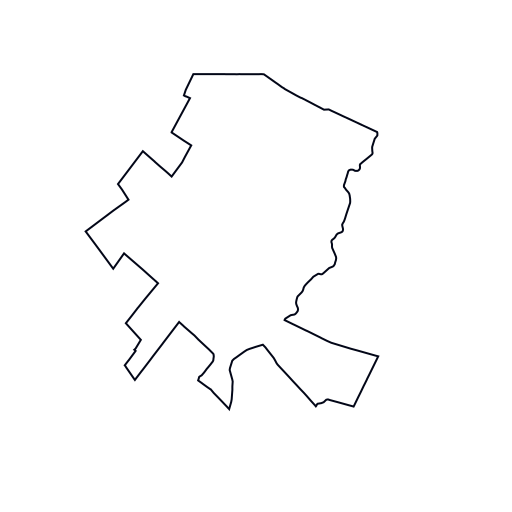 the district of Zavoaia, Braila, Romania, rotated 120°
{"feature_id": "2599482B8806992520419", "entity_name": "Zavoaia", "entity_type": "district", "adm_level": 2, "iso_a3": "ROU", "parent_name": "Romania", "parent_adm1": "Braila", "projection": "mercator", "projection_center": [27.485, 44.962], "detail": "fine", "context": "isolated", "style": "outline", "palette": "ink", "viewbox_px": 512, "rotation_deg": 120, "n_neighbors": 0, "source": "geoboundaries", "source_scale": "gbopen_adm2", "svg_char_len": 4643}
<svg xmlns="http://www.w3.org/2000/svg" viewBox="0 0 512 512"><g transform="rotate(120 256 256)"><path d="M402.0,202.7L399.6,203.3L397.2,203.9L394.8,204.5L392.3,205.4L383.8,209.5L380.7,211.3L376.4,213.4L374.9,214.7L367.9,221.8L366.1,222.5L358.5,224.2L356.2,223.6L353.7,222.4L350.1,220.8L344.8,218.4L342.0,217.0L339.6,215.1L337.4,213.1L334.8,210.8L329.4,205.7L330.4,202.2L331.7,199.1L335.4,189.8L336.7,187.5L338.6,184.5L339.3,182.9L340.5,179.0L342.1,173.7L342.6,172.1L344.2,166.9L345.9,161.6L347.5,156.3L349.1,151.2L350.6,146.0L351.9,142.0L353.8,136.5L355.8,130.3L356.3,129.0L355.8,128.9L354.3,129.0L353.2,128.8L350.8,125.9L348.8,124.3L345.4,123.3L344.6,122.5L344.3,122.0L344.0,121.3L344.0,120.7L341.6,111.7L338.5,99.7L337.9,97.5L337.6,96.2L335.6,96.3L327.2,96.9L320.8,97.3L314.4,97.8L312.2,97.9L307.6,98.2L307.1,98.3L301.9,98.6L285.8,99.7L281.8,100.0L282.6,103.0L287.1,120.8L288.9,127.6L293.5,147.4L294.0,152.2L294.3,156.8L294.4,158.0L294.4,159.3L295.0,168.5L295.0,168.8L295.4,174.8L295.5,174.9L295.8,179.3L295.8,179.5L296.4,187.8L296.4,188.1L296.6,190.1L296.6,190.4L297.2,199.2L296.8,199.3L295.6,199.3L290.0,196.4L288.9,195.2L287.7,193.7L286.9,193.1L285.7,192.7L283.5,192.4L282.6,192.4L281.0,193.0L279.9,194.0L278.7,195.7L277.4,197.2L276.3,198.0L275.1,198.5L273.2,199.1L270.9,199.7L270.0,199.7L264.8,198.3L263.3,198.1L261.6,198.3L259.4,198.9L257.4,198.9L255.4,198.5L252.9,197.9L248.4,196.6L245.3,196.0L240.4,193.3L240.0,192.7L239.4,190.7L238.9,189.9L238.4,189.5L237.1,189.0L229.8,186.6L227.0,184.4L226.3,184.0L225.7,183.8L223.7,183.7L222.1,184.2L219.7,184.7L217.9,185.4L216.8,186.2L214.6,189.0L210.9,194.1L209.7,195.0L208.2,195.8L207.3,196.5L206.3,197.6L205.4,198.1L204.4,198.2L203.6,198.0L202.3,197.4L201.0,197.0L200.0,196.9L197.8,196.9L197.1,196.9L196.0,196.5L195.3,196.2L193.2,194.3L192.6,193.9L191.9,193.5L191.4,193.4L190.6,193.5L190.0,193.7L189.3,194.0L188.7,194.5L186.9,196.2L185.9,197.0L184.4,197.2L182.4,197.1L180.9,197.3L178.8,197.7L174.5,198.7L167.1,200.2L163.1,201.0L161.8,201.6L159.5,203.0L156.7,205.2L155.3,206.6L154.5,208.3L153.6,211.1L152.6,213.1L152.3,214.2L151.6,214.8L150.5,215.3L148.2,215.7L146.5,216.0L144.7,216.6L142.4,217.0L140.5,217.5L138.6,217.9L136.9,218.4L135.7,218.4L134.9,218.1L133.8,217.1L133.2,216.0L132.9,215.3L132.7,214.5L132.8,213.3L132.5,212.3L132.1,211.6L131.6,210.8L130.9,210.2L130.1,209.9L129.2,209.7L128.2,209.8L127.3,210.2L126.4,210.8L125.7,211.3L125.1,211.6L124.3,211.7L123.4,211.3L122.1,210.9L119.7,210.0L116.4,208.7L110.5,206.5L109.7,206.3L108.9,206.4L108.3,206.7L106.9,207.8L104.1,209.6L103.2,210.0L95.1,211.8L91.4,211.2L90.9,211.2L89.6,211.9L88.8,212.4L88.1,213.1L88.3,215.5L89.6,230.0L90.5,240.7L90.5,240.9L91.5,251.5L91.5,251.9L92.2,260.0L92.5,263.1L92.5,263.3L92.7,266.3L95.3,270.3L95.4,273.1L95.4,273.4L95.7,280.1L95.9,286.1L96.3,294.6L96.3,295.0L96.6,296.7L96.8,301.3L97.0,314.9L96.8,315.4L96.8,316.7L96.8,318.0L96.5,320.7L96.2,323.4L96.0,326.0L94.7,340.0L95.6,341.9L99.1,347.8L102.0,352.9L106.1,360.0L106.8,361.3L107.5,362.4L107.9,363.0L109.5,365.8L110.7,367.9L111.2,368.8L118.6,381.8L129.8,401.2L147.2,399.9L153.0,398.7L152.9,397.9L153.0,397.7L153.0,397.0L152.8,396.4L152.7,396.2L152.3,392.1L177.3,391.4L191.0,391.0L191.2,390.9L191.7,383.2L192.2,376.0L192.6,367.4L205.7,367.1L211.8,366.8L212.0,366.8L229.4,368.8L228.3,373.7L227.7,376.7L226.4,383.9L225.0,390.8L224.9,390.9L223.3,399.0L221.8,406.4L246.0,409.4L262.7,411.5L265.5,405.2L271.0,394.6L274.5,396.1L287.0,401.8L289.3,402.8L319.9,415.8L325.8,402.1L329.5,393.6L338.4,373.3L319.7,371.6L320.0,370.2L324.3,347.7L327.0,334.9L328.5,327.6L328.6,327.2L348.6,330.6L359.6,332.3L360.4,332.5L361.5,332.6L370.4,333.8L379.3,335.1L386.2,313.8L396.4,314.0L398.0,314.5L398.1,313.9L398.4,312.8L399.3,312.9L409.9,314.1L410.3,314.2L414.8,314.8L416.3,315.0L416.5,314.4L417.0,313.4L417.3,312.9L419.9,307.4L423.5,299.8L423.9,298.9L421.2,298.6L420.6,298.5L412.8,297.5L411.6,297.3L399.3,295.7L394.2,295.1L378.3,293.0L378.0,293.0L351.6,289.6L351.8,289.0L351.8,288.6L352.8,283.9L353.0,283.3L354.7,274.5L354.8,274.1L355.6,269.6L357.1,264.4L357.2,264.2L357.3,263.6L357.9,261.1L359.4,254.6L360.5,249.7L360.6,249.4L361.9,244.6L362.2,243.8L362.5,243.5L362.8,243.3L363.7,242.6L364.2,242.3L364.4,242.2L366.4,241.4L367.5,240.9L367.8,240.8L368.7,240.7L369.2,240.7L370.4,240.9L372.7,241.2L376.3,241.8L378.4,242.2L382.2,242.6L382.5,242.7L382.9,242.7L386.5,243.4L388.5,244.5L389.0,244.7L389.5,244.7L390.4,244.4L392.7,243.9L393.2,239.0L393.3,238.4L393.9,232.7L394.1,230.0L394.2,229.3L394.1,228.6L395.8,224.0L395.9,223.6L397.5,217.9L399.5,211.0L399.7,210.4L401.0,205.9L401.3,205.0L401.6,204.1L401.8,203.2L402.0,202.7Z" fill="none" stroke="#020617" stroke-width="2"/></g></svg>